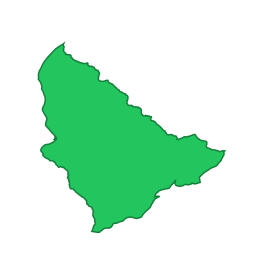 the district of Quero, Tungurahua, Ecuador, rotated 78°
{"feature_id": "8360857B96078226152486", "entity_name": "Quero", "entity_type": "district", "adm_level": 2, "iso_a3": "ECU", "parent_name": "Ecuador", "parent_adm1": "Tungurahua", "projection": "robinson", "projection_center": [-78.619, -1.43], "detail": "fine", "context": "isolated", "style": "filled", "palette": "green", "viewbox_px": 256, "rotation_deg": 78, "n_neighbors": 0, "source": "geoboundaries", "source_scale": "gbopen_adm2", "svg_char_len": 5864}
<svg xmlns="http://www.w3.org/2000/svg" viewBox="0 0 256 256"><g transform="rotate(78 128 128)"><path d="M148.2,64.0L148.1,65.2L148.8,69.4L148.8,73.5L148.3,74.3L148.3,74.9L149.1,77.1L149.3,79.3L149.6,81.2L149.9,81.6L149.1,82.6L148.9,82.6L148.6,82.1L148.1,82.0L147.4,82.3L146.4,82.4L145.8,82.8L145.5,84.2L144.8,85.1L144.5,85.7L143.9,86.0L143.3,87.3L143.2,89.4L142.9,90.5L142.1,91.4L141.2,91.8L140.2,91.9L139.8,92.4L138.8,92.4L137.9,93.5L137.0,94.2L134.9,95.3L133.9,96.1L132.9,96.6L132.3,97.2L131.6,97.6L130.8,98.5L130.3,98.8L130.1,99.2L128.1,99.9L127.6,100.4L127.2,100.6L127.0,101.3L126.3,101.7L126.0,103.1L125.4,103.7L124.0,104.1L123.5,103.9L122.6,102.9L121.7,103.0L121.3,104.4L120.6,105.0L120.5,105.4L120.6,106.5L120.0,106.7L119.9,107.5L119.3,108.1L119.6,108.4L119.5,109.7L118.9,111.0L118.4,111.0L117.3,111.9L113.0,111.3L112.7,111.4L112.5,111.6L111.9,111.5L111.7,111.6L111.0,112.5L110.6,112.7L110.2,113.6L109.6,113.8L109.8,114.6L109.0,115.6L109.0,116.9L108.0,118.3L107.8,118.9L107.2,119.2L107.0,119.9L106.6,119.9L106.6,120.3L106.3,120.9L106.4,121.4L106.1,122.6L105.7,123.1L103.4,123.9L101.9,123.5L101.6,123.2L101.1,123.2L100.6,122.6L99.8,122.3L99.1,121.9L97.0,121.6L96.4,121.8L95.9,122.4L95.5,123.2L94.4,123.2L93.8,123.9L92.9,125.5L91.8,126.5L90.3,128.6L89.6,128.9L89.1,128.8L87.8,130.3L85.7,131.5L85.2,132.2L83.9,132.8L82.0,134.1L81.3,134.8L79.9,137.0L79.1,137.4L77.1,137.9L77.2,138.7L77.0,138.9L77.0,140.3L77.3,141.5L77.1,143.1L76.5,145.0L76.0,146.1L75.5,146.2L75.1,146.7L73.9,147.0L71.8,146.0L70.8,146.0L70.2,145.6L70.0,145.0L69.0,144.6L68.1,144.6L67.2,144.8L67.1,145.0L66.4,145.3L66.0,145.2L65.6,145.6L65.3,145.6L64.7,147.0L64.3,147.2L64.3,147.6L63.8,147.7L63.5,148.3L62.6,148.3L62.1,148.5L61.7,148.5L60.7,149.9L60.4,150.0L60.0,150.5L60.3,150.8L59.8,152.1L59.7,153.2L58.7,153.5L58.2,154.1L57.8,154.2L57.3,154.2L56.8,153.8L56.4,153.9L55.9,154.3L55.9,154.9L56.1,155.4L56.2,155.9L55.5,158.5L55.2,159.2L54.3,160.5L53.8,162.0L52.8,162.5L52.2,164.0L52.2,164.4L51.5,164.8L50.7,166.2L48.9,167.7L47.9,168.3L47.3,168.4L46.7,169.0L45.9,169.1L45.2,168.7L44.8,168.9L44.8,169.1L44.0,170.6L43.7,172.0L43.0,173.6L42.2,173.3L40.0,174.8L38.7,175.1L37.7,174.4L36.5,174.5L36.0,173.9L35.4,173.7L34.7,173.7L33.4,174.3L32.0,173.3L32.8,175.1L34.2,179.2L35.6,182.3L37.7,185.6L42.4,192.2L45.3,195.6L47.4,197.7L52.7,201.8L53.5,202.7L56.6,204.4L60.0,205.0L61.4,205.5L61.9,205.5L64.7,204.2L66.2,203.9L70.1,203.5L70.4,203.8L71.2,204.3L72.2,204.3L74.9,203.4L76.9,203.3L80.2,202.7L82.1,202.9L82.8,202.9L86.0,204.1L87.7,205.0L90.2,207.0L92.0,207.9L92.5,208.0L95.4,207.3L101.7,205.2L105.7,207.2L106.9,207.7L107.9,208.0L108.9,207.8L112.9,205.4L117.2,203.2L118.5,202.1L120.7,201.1L121.2,201.2L121.1,200.9L121.4,200.8L122.4,201.4L121.9,200.5L122.6,200.6L123.4,201.9L123.4,200.2L123.7,200.5L124.4,200.7L124.5,201.8L124.8,201.5L125.0,202.3L126.3,203.5L126.2,204.4L126.7,205.5L126.8,206.6L127.3,207.8L127.4,209.0L127.2,210.5L127.3,212.8L127.8,214.1L129.4,216.4L130.1,217.1L131.5,217.9L132.5,217.9L135.2,216.4L136.9,216.9L138.0,216.4L139.7,215.2L140.7,214.1L142.0,212.0L142.6,211.7L143.0,211.6L143.9,211.1L144.1,209.2L144.7,208.2L145.6,207.5L145.9,207.4L146.9,206.3L148.1,206.2L149.2,205.7L150.3,204.9L151.9,204.1L152.0,203.1L151.6,202.5L151.7,202.0L152.1,201.6L152.7,200.8L152.8,200.3L152.7,200.1L152.7,199.3L153.5,198.9L153.9,198.9L155.8,197.3L156.1,196.9L157.5,196.0L158.1,195.8L159.1,195.9L161.2,196.5L162.4,195.9L162.8,196.7L164.1,197.6L164.5,197.5L164.8,197.0L166.0,196.6L166.4,196.9L167.1,196.9L167.7,196.7L167.8,196.5L168.2,196.8L169.8,196.7L171.5,197.3L173.8,197.2L174.2,197.0L174.5,197.1L175.1,196.9L175.7,196.4L175.9,195.0L176.2,194.5L176.8,194.2L177.4,193.6L177.8,193.5L178.0,193.0L179.5,192.5L180.8,191.6L181.1,191.1L181.5,190.6L181.9,190.5L183.0,189.8L184.8,188.0L185.8,187.4L186.2,186.7L186.6,186.4L187.7,185.2L188.6,184.9L189.9,184.1L190.4,183.6L191.2,183.8L192.3,183.7L193.7,184.1L194.5,183.1L195.7,182.9L196.7,182.1L197.0,181.2L197.7,180.3L198.4,179.9L200.0,179.8L201.1,179.3L202.5,179.1L202.8,179.5L203.2,179.7L204.6,180.1L205.3,180.1L206.2,180.5L206.9,180.5L207.6,180.2L208.7,180.1L209.1,179.7L209.6,179.4L212.1,179.9L214.6,179.8L215.7,180.7L216.1,181.5L217.5,182.4L219.7,183.4L220.0,183.8L220.8,184.1L221.6,184.9L223.3,180.6L224.0,178.3L224.0,177.5L223.0,175.8L222.8,174.9L222.2,174.3L221.3,171.9L221.3,169.7L221.4,169.1L221.9,168.1L222.0,167.2L221.6,165.4L220.4,163.8L218.7,162.6L218.5,161.6L218.2,161.1L218.7,160.0L218.7,158.4L218.4,157.4L218.1,156.9L218.0,152.7L217.1,150.9L216.3,150.0L216.0,148.8L215.4,147.9L215.5,144.9L215.9,144.1L215.7,142.8L216.4,142.1L217.3,140.6L218.2,138.6L218.3,138.1L218.2,135.4L217.9,133.7L217.6,133.1L215.5,131.1L214.4,129.6L213.2,128.0L212.6,126.5L211.9,125.6L210.8,123.6L210.0,122.6L207.3,120.6L206.0,119.1L204.9,118.8L204.6,117.9L202.9,116.2L201.6,111.7L201.4,111.6L200.9,113.0L200.8,116.2L199.8,115.6L199.5,115.3L197.9,114.2L197.5,113.6L197.2,112.5L196.0,110.9L195.4,107.6L195.5,106.2L195.3,104.2L195.5,102.6L195.4,100.3L193.3,97.9L191.0,94.5L189.2,92.9L189.2,92.5L190.3,93.0L192.1,93.5L193.7,93.2L194.1,92.9L194.8,91.9L195.8,89.5L195.9,87.3L195.7,86.1L195.0,84.0L196.1,81.0L196.1,78.9L195.9,77.8L195.1,76.7L195.9,75.9L196.2,75.3L196.5,74.0L196.6,73.1L196.2,68.6L194.7,68.7L191.0,68.4L190.5,67.9L190.1,66.9L188.9,65.2L187.2,62.1L187.0,61.3L186.2,59.4L185.9,58.3L185.4,57.5L185.0,56.5L184.3,54.1L183.9,51.4L183.5,49.9L182.6,48.0L181.7,47.4L180.9,46.3L179.5,44.0L177.3,42.5L176.2,41.4L175.2,40.8L174.2,39.8L173.6,39.5L171.6,39.3L170.5,38.1L170.0,39.5L170.0,41.8L170.2,42.5L170.1,43.5L169.7,44.2L169.3,44.3L169.0,44.6L168.5,46.0L167.9,46.7L167.4,48.4L166.6,50.4L166.5,51.0L165.5,51.6L164.6,53.3L163.7,54.7L163.2,55.1L161.7,55.2L160.2,54.3L159.2,54.0L158.3,53.9L157.9,54.0L157.3,54.5L156.8,55.2L156.8,55.7L156.2,57.2L154.7,60.1L153.9,60.4L153.1,61.5L151.1,62.7L149.1,63.4L148.2,64.0Z" fill="#22c55e" stroke="#15803d" stroke-width="1.5"/></g></svg>